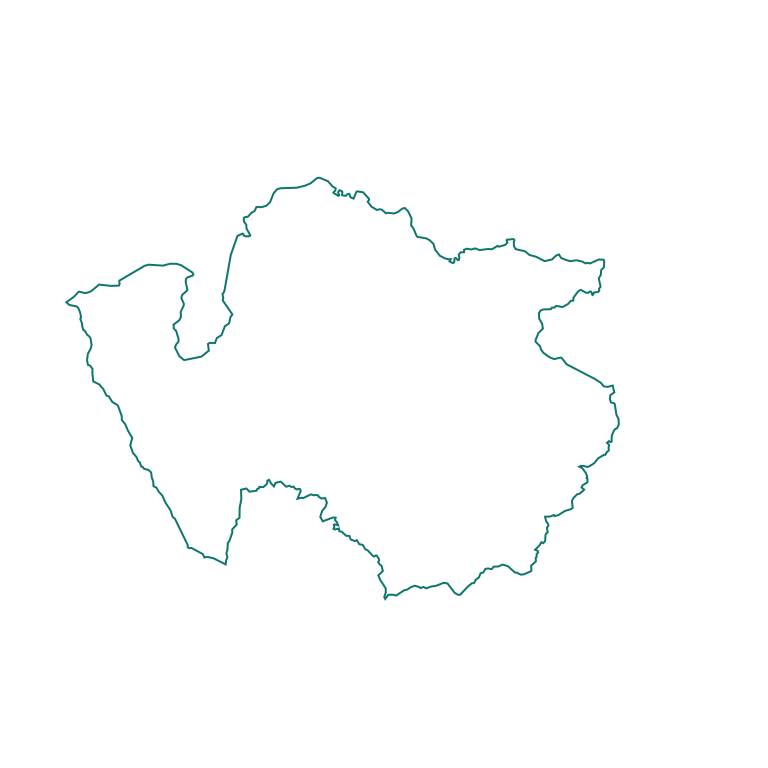 Laclo, Manatuto, East Timor (Albers equal-area conic projection), rotated 239°
{"feature_id": "22284137B24782951850467", "entity_name": "Laclo", "entity_type": "district", "adm_level": 2, "iso_a3": "TLS", "parent_name": "East Timor", "parent_adm1": "Manatuto", "projection": "albers", "projection_center": [125.887, -8.591], "detail": "fine", "context": "isolated", "style": "outline", "palette": "teal", "viewbox_px": 768, "rotation_deg": 239, "n_neighbors": 0, "source": "geoboundaries", "source_scale": "gbopen_adm2", "svg_char_len": 6166}
<svg xmlns="http://www.w3.org/2000/svg" viewBox="0 0 768 768"><g transform="rotate(239 384 384)"><path d="M617.7,153.8L613.7,155.1L608.9,160.4L607.1,161.1L602.0,160.4L597.3,158.8L596.2,157.2L590.7,156.2L589.9,155.4L585.4,154.1L583.5,155.1L579.7,154.8L576.3,155.9L574.2,155.9L568.1,153.5L565.4,150.8L562.3,145.6L557.3,141.7L552.9,140.1L550.9,141.6L547.0,141.9L543.9,139.8L536.0,136.1L530.3,139.7L524.0,140.8L517.1,140.1L515.0,141.8L508.7,141.8L503.7,144.5L501.8,144.7L491.7,142.7L488.1,140.7L482.9,141.5L475.9,140.5L467.4,140.4L462.1,134.9L454.3,133.3L449.0,134.2L444.3,133.6L442.6,134.3L438.1,133.4L437.2,134.4L435.0,134.6L431.5,137.9L428.0,138.8L423.8,136.9L419.2,135.9L415.2,133.8L412.2,135.6L408.0,135.4L402.5,136.5L395.2,135.6L385.2,135.9L379.1,134.4L375.9,135.4L347.0,132.8L345.2,131.7L343.6,132.4L342.6,134.5L331.6,141.1L327.7,140.7L327.1,143.1L322.7,147.9L310.9,155.4L314.2,157.9L316.0,160.4L320.2,161.8L322.6,164.5L328.2,168.2L329.0,170.5L334.7,177.4L337.6,179.0L339.3,185.3L343.3,187.1L343.7,191.2L352.2,196.5L358.8,202.4L367.0,207.0L365.3,212.2L360.9,213.3L358.2,219.8L359.3,221.3L359.0,223.3L360.0,224.2L357.8,227.4L358.4,231.2L359.1,232.8L361.2,234.2L361.1,236.1L356.8,236.0L352.9,236.9L355.1,240.2L353.5,245.2L346.3,247.3L345.5,250.6L343.5,251.5L342.4,253.8L340.4,253.8L338.5,254.9L338.2,256.8L337.1,257.9L335.1,257.5L330.2,250.7L329.0,254.8L327.8,256.0L327.0,264.6L324.9,266.3L323.5,269.2L322.2,270.3L321.3,269.8L318.1,271.4L316.5,274.8L311.6,273.9L308.7,270.3L307.0,265.5L302.9,260.9L297.8,260.8L295.9,271.4L294.3,273.7L292.7,271.9L289.5,272.5L286.5,271.9L289.0,269.6L289.2,268.5L286.9,267.7L285.9,266.1L284.5,267.1L283.4,270.9L280.8,269.9L279.1,271.7L273.4,273.4L271.6,276.1L267.9,275.4L264.4,278.1L264.1,280.3L259.4,280.3L257.1,282.9L251.8,282.9L250.0,284.3L242.4,285.9L241.2,286.6L241.2,288.9L240.5,289.4L236.8,289.5L235.2,289.0L234.5,287.4L231.8,287.3L229.5,288.3L224.3,286.7L222.9,280.6L218.4,279.9L207.9,280.2L204.4,278.2L201.3,274.5L199.1,274.3L201.1,279.1L199.1,282.7L196.4,285.5L196.8,295.1L195.8,298.1L196.0,302.0L195.3,306.4L191.8,309.7L190.3,310.1L189.7,313.3L187.1,314.9L186.1,320.2L184.3,324.3L182.8,332.9L180.3,335.7L168.6,337.0L165.1,339.0L164.1,340.7L167.1,351.2L167.9,356.8L167.1,358.3L167.3,359.5L168.9,361.5L169.4,365.9L172.0,369.2L171.3,372.0L173.3,375.7L172.2,378.4L170.3,380.3L169.9,381.7L171.0,383.8L168.7,388.0L168.1,392.7L164.0,396.4L155.0,399.1L154.1,400.5L150.1,403.1L148.7,406.2L147.8,413.9L152.6,416.7L153.7,422.8L157.0,424.6L157.1,425.6L159.7,427.4L160.2,429.4L161.8,429.8L164.1,428.2L165.6,434.3L167.3,437.4L165.6,438.5L166.4,441.3L171.2,444.5L172.3,445.9L172.5,447.9L176.8,449.5L177.8,451.9L179.2,452.5L183.2,452.4L187.3,453.7L184.8,458.2L184.2,462.1L182.9,462.1L181.8,465.9L182.0,473.7L180.5,479.5L180.6,481.9L186.8,484.8L188.7,487.6L190.0,492.8L189.2,495.3L190.0,499.9L190.4,501.2L193.6,500.0L194.9,502.1L194.9,507.7L197.7,509.4L199.2,509.3L199.3,510.1L200.4,510.6L203.9,511.2L209.7,510.6L212.5,508.8L212.4,510.5L211.1,512.8L208.3,515.4L207.7,517.1L207.8,523.3L210.0,529.2L210.0,536.1L209.3,537.2L210.8,539.8L211.3,542.5L214.4,544.1L215.6,545.6L218.7,544.9L219.2,547.4L217.7,548.0L217.4,549.4L222.5,552.7L225.2,556.5L226.3,558.7L226.1,561.0L228.5,564.5L233.2,567.0L238.1,567.4L247.4,571.3L248.9,571.4L251.3,569.0L255.0,570.0L257.9,572.3L258.2,577.1L264.9,579.2L266.3,574.3L268.7,571.2L273.2,570.5L279.6,567.4L306.8,550.7L314.6,549.8L315.7,549.0L317.7,542.7L321.8,539.6L328.8,536.6L332.8,536.4L336.1,537.2L342.2,535.7L343.6,536.5L348.2,542.7L349.6,548.7L354.3,550.6L360.2,550.7L365.0,553.4L366.3,556.1L366.0,558.7L362.2,565.5L363.0,567.2L361.7,569.5L362.3,571.3L361.9,572.3L358.0,576.7L357.8,583.1L359.0,586.7L358.0,589.3L360.3,590.7L363.4,598.0L363.5,600.1L363.3,601.2L358.0,604.3L357.0,606.2L357.3,608.1L356.5,609.0L352.9,608.5L352.9,609.5L354.3,610.7L352.6,615.3L353.1,616.6L354.9,617.3L355.8,619.7L364.1,622.6L365.8,626.0L369.8,628.8L370.7,632.5L375.8,636.0L377.4,636.3L380.1,632.2L381.2,622.8L383.4,620.3L383.6,618.8L386.6,617.2L391.0,612.6L393.5,606.7L397.3,603.3L400.9,600.7L404.9,600.7L405.4,597.5L404.2,592.2L406.6,584.9L414.9,579.8L419.6,575.2L425.2,573.2L431.8,566.3L434.9,566.4L438.7,568.2L440.2,569.9L441.5,569.7L444.4,563.7L444.0,563.0L441.5,562.5L440.9,559.2L442.4,553.4L443.9,552.4L443.9,546.0L446.4,542.2L449.5,534.9L453.2,532.1L454.4,528.0L457.4,524.6L457.8,521.7L455.7,520.5L457.4,517.5L457.1,516.5L456.3,514.6L454.0,514.0L451.8,512.1L452.1,511.2L455.0,510.4L455.4,509.2L452.1,506.8L452.2,505.2L455.3,503.3L456.6,505.5L457.8,503.3L460.4,500.9L465.2,497.9L473.0,497.0L478.6,498.6L484.0,497.1L487.3,495.0L492.8,488.5L494.2,488.2L501.8,489.3L506.1,489.0L511.6,492.9L519.5,493.6L524.2,492.5L524.9,489.8L524.3,484.6L525.0,480.4L528.8,475.5L529.3,473.6L534.4,472.0L536.0,470.4L536.8,467.6L542.4,464.6L548.6,463.9L549.4,466.0L550.7,466.5L559.1,464.8L562.9,460.3L562.8,459.1L558.6,453.4L561.2,451.5L564.9,452.1L565.5,450.3L565.0,448.1L567.1,445.5L567.9,445.3L569.7,447.1L570.9,447.3L573.0,445.6L572.1,443.4L568.9,442.8L568.8,441.8L573.6,439.2L574.3,439.3L574.9,441.9L576.6,443.4L579.8,441.6L586.7,440.4L593.9,435.1L595.0,432.5L593.8,424.4L594.7,418.2L597.2,410.3L605.2,395.9L606.0,392.7L604.3,387.5L598.6,380.1L597.4,375.4L598.5,370.4L601.4,365.8L598.9,362.1L599.0,358.5L597.5,353.5L598.8,350.0L598.3,349.1L595.0,347.6L591.5,348.0L588.0,346.2L580.3,346.0L579.9,344.9L581.8,341.5L583.4,340.2L584.8,340.7L585.8,340.1L586.4,334.6L573.5,319.1L547.6,296.6L545.3,294.4L544.3,291.9L540.6,290.6L538.7,288.8L521.7,289.9L520.5,286.9L515.7,282.4L515.5,277.4L509.6,269.9L509.5,264.3L506.2,260.3L509.0,255.8L508.9,253.7L502.8,251.0L501.5,241.6L507.4,225.0L513.2,222.9L523.0,223.6L525.0,226.3L526.1,229.5L528.1,231.0L536.6,233.2L539.8,232.4L543.3,234.2L544.1,241.4L546.0,244.4L550.5,246.9L554.6,252.9L556.0,253.8L561.8,254.5L563.4,255.7L564.2,256.7L565.7,263.9L573.2,266.4L576.1,268.3L576.6,270.7L575.5,275.8L576.2,277.1L578.5,277.1L590.6,271.1L593.9,268.0L597.3,262.5L599.3,255.5L607.5,243.7L608.6,239.7L608.9,211.0L608.7,210.1L605.9,208.9L604.9,207.4L608.9,200.2L616.0,191.0L614.4,181.2L614.6,178.5L615.8,174.6L620.1,170.4L620.2,169.1L618.4,163.0L617.7,153.8Z" fill="none" stroke="#0f766e" stroke-width="2"/></g></svg>